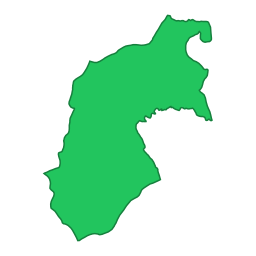 the district of La Victoria, Boyacá, Colombia
{"feature_id": "7082276B50936254037238", "entity_name": "La Victoria", "entity_type": "district", "adm_level": 2, "iso_a3": "COL", "parent_name": "Colombia", "parent_adm1": "Boyacá", "projection": "orthographic", "projection_center": [-74.222, 5.516], "detail": "fine", "context": "isolated", "style": "filled", "palette": "green", "viewbox_px": 256, "rotation_deg": 0, "n_neighbors": 0, "source": "geoboundaries", "source_scale": "gbopen_adm2", "svg_char_len": 5145}
<svg xmlns="http://www.w3.org/2000/svg" viewBox="0 0 256 256"><path d="M160.4,179.6L159.9,177.9L159.2,175.3L158.2,172.4L157.8,170.7L157.8,169.4L157.2,168.2L156.3,167.7L155.5,167.0L155.3,166.0L154.6,164.5L153.7,162.3L152.8,160.9L151.9,159.5L150.4,158.3L149.6,157.3L148.3,155.3L147.1,154.3L145.8,152.8L144.7,151.7L143.6,150.1L143.6,149.1L144.0,148.4L144.8,147.8L145.0,147.2L144.9,146.1L144.5,144.9L143.7,143.6L143.1,141.8L142.4,139.8L141.7,138.4L140.7,137.2L140.0,136.0L139.4,135.0L139.0,134.4L138.0,133.1L137.6,132.6L137.4,131.6L136.9,130.6L136.3,129.5L135.9,127.8L136.0,126.2L136.1,124.9L136.6,123.7L137.6,122.9L138.4,121.8L139.5,120.7L140.3,120.9L141.3,121.4L142.6,121.6L143.4,121.5L145.1,121.6L146.0,121.5L145.9,120.9L145.2,120.0L144.7,119.6L144.6,119.0L144.5,117.8L144.8,117.0L145.4,116.1L146.0,116.1L146.6,116.5L147.6,117.1L149.2,117.8L150.1,118.0L150.6,117.5L151.2,116.1L151.3,114.4L151.8,113.6L152.5,113.2L153.1,113.4L153.8,113.7L154.8,114.0L155.4,113.8L155.4,113.3L154.8,112.7L154.3,111.8L154.2,111.2L154.9,109.9L155.8,108.8L156.5,108.4L157.6,108.5L158.0,108.7L158.3,109.3L158.8,110.1L159.6,110.2L160.2,109.9L161.1,109.1L161.6,109.2L161.5,109.8L161.9,110.5L162.5,110.3L163.7,110.0L164.7,109.5L165.9,109.8L166.5,109.4L166.8,108.6L167.7,108.3L168.6,107.8L169.6,107.1L170.4,106.6L170.9,106.5L171.0,107.0L171.1,107.5L171.4,107.6L172.5,107.4L173.0,107.5L173.4,108.0L174.4,108.7L175.8,109.4L177.2,109.8L178.4,110.3L179.2,110.4L180.0,109.4L180.4,108.2L181.3,107.6L181.8,107.7L182.4,107.8L182.9,107.8L183.4,108.1L183.7,108.4L184.4,108.8L185.0,108.8L185.9,108.3L186.6,108.4L187.7,108.8L189.0,108.9L190.2,108.6L191.5,108.5L192.6,108.2L193.5,109.0L194.4,110.3L195.1,111.6L196.0,113.1L196.5,114.6L197.2,115.3L197.9,115.6L198.8,116.0L199.9,116.3L201.0,116.5L202.7,116.5L204.1,117.0L204.8,117.4L205.2,118.3L205.6,119.6L205.8,120.1L206.4,120.4L207.3,120.3L207.9,119.9L208.5,119.3L209.1,119.2L209.5,119.4L210.1,120.2L210.8,120.6L211.4,120.6L212.0,120.2L211.4,118.2L210.6,114.6L209.8,111.7L208.3,108.4L207.3,106.0L206.1,101.8L205.4,98.1L204.1,94.9L202.2,93.2L200.4,92.0L199.3,90.2L200.6,89.0L201.7,87.3L202.5,84.8L203.3,81.5L204.7,78.9L206.0,77.6L207.3,75.5L207.8,72.2L208.0,70.1L207.4,69.4L206.6,69.3L205.2,69.6L203.5,68.9L203.1,68.0L201.5,66.0L200.4,64.9L198.8,63.3L196.2,61.7L193.4,60.6L191.5,59.0L188.7,56.9L187.2,54.9L186.1,51.9L185.7,49.9L185.7,45.6L186.3,42.8L187.6,40.8L188.1,40.2L188.6,39.0L189.4,37.9L190.2,37.3L191.0,36.9L192.1,36.4L193.5,35.8L194.3,35.3L195.0,34.8L195.5,34.6L197.3,34.0L198.3,33.2L198.9,32.0L199.3,31.5L200.0,32.2L200.6,33.1L200.6,33.8L200.4,35.6L200.4,37.2L200.4,38.7L201.2,39.8L202.8,41.4L203.9,41.9L205.1,42.2L206.1,42.0L207.6,41.7L209.4,41.6L210.3,41.0L210.9,40.4L211.4,39.4L211.4,38.0L210.9,32.7L210.5,27.2L208.6,22.7L207.8,21.8L206.3,21.5L204.0,21.5L203.2,21.5L202.0,21.4L201.1,21.3L200.4,21.5L199.5,21.7L198.6,21.6L197.5,21.5L196.8,21.6L196.0,21.4L194.7,20.9L193.6,20.1L192.7,19.6L192.2,19.7L191.4,20.0L190.7,20.5L190.3,20.4L189.6,19.9L188.8,19.6L188.2,20.1L187.5,21.0L186.7,21.4L185.6,21.6L184.3,21.3L183.5,20.7L182.1,20.6L181.2,20.8L180.2,21.1L179.3,20.8L178.0,20.6L176.7,20.9L175.2,20.4L174.1,19.8L173.0,19.3L171.8,18.8L170.9,17.8L170.3,16.0L169.2,15.6L167.6,15.4L166.9,16.3L166.1,17.8L165.1,19.6L161.9,23.1L158.4,29.3L156.4,32.3L154.2,36.2L152.9,38.2L152.4,40.0L149.3,43.7L145.7,44.8L143.9,45.1L141.2,45.3L139.0,45.0L136.2,44.7L133.1,44.7L130.6,45.3L128.4,45.6L125.9,46.1L123.7,47.1L121.2,48.6L119.0,49.9L118.0,50.7L117.4,51.6L115.7,53.1L113.3,54.1L112.0,54.4L110.5,55.1L108.0,56.3L104.9,58.0L103.5,59.1L100.1,61.2L97.0,62.5L94.5,62.5L92.2,61.9L89.8,61.2L89.4,62.5L88.3,65.1L86.7,68.5L85.7,70.1L84.2,72.5L82.6,74.7L80.4,76.4L77.7,78.0L75.7,79.3L73.7,81.2L73.4,82.3L73.2,83.8L72.8,85.5L72.8,86.6L72.6,88.0L72.7,89.4L72.2,91.8L71.8,94.1L70.6,97.6L70.0,99.7L69.3,101.4L69.1,102.5L69.0,103.9L69.7,105.4L70.8,107.0L72.6,108.0L74.3,108.3L74.5,108.8L73.8,110.4L73.0,112.0L71.8,114.8L70.2,118.2L69.9,120.4L69.9,122.1L69.3,125.2L69.3,128.9L69.1,131.0L68.5,132.8L67.8,133.8L65.8,135.5L64.4,137.8L64.1,139.4L63.7,140.7L64.1,143.1L64.1,144.0L64.0,145.4L63.6,147.7L62.7,149.8L62.1,151.4L61.6,151.8L60.0,152.3L59.2,152.6L58.6,153.0L58.4,154.2L58.8,156.5L60.1,160.6L60.2,163.4L59.8,165.6L59.4,166.9L58.5,167.7L55.7,168.5L52.5,169.8L49.9,170.7L47.0,172.2L44.8,173.0L44.0,173.5L45.1,174.4L47.2,175.9L48.5,177.3L49.5,178.9L50.3,181.5L50.5,183.7L50.2,185.6L50.0,187.4L50.0,188.4L51.2,189.9L52.2,190.7L53.5,191.8L54.0,192.8L54.2,194.1L53.7,196.3L52.5,198.7L51.3,201.4L50.7,204.0L50.8,206.8L51.2,208.3L53.0,209.6L55.1,211.3L57.1,214.2L58.6,216.5L60.8,219.1L61.8,220.8L62.4,222.8L63.5,223.7L65.2,224.0L66.6,224.6L68.1,225.4L70.9,228.0L72.4,230.0L74.4,233.6L76.6,237.8L77.8,240.6L79.4,240.5L81.6,238.9L84.6,237.3L87.3,235.7L89.9,234.6L92.7,233.8L94.9,233.6L97.9,234.0L98.9,234.5L99.7,234.7L102.0,234.3L104.3,233.4L108.3,231.9L111.9,229.4L114.1,226.3L114.8,224.8L115.9,223.1L117.5,219.3L119.8,215.0L123.6,210.1L126.4,205.8L130.8,200.5L134.2,198.5L137.3,196.9L139.0,195.4L140.6,192.4L141.3,190.6L142.1,189.4L144.0,187.9L147.0,185.9L150.0,184.0L152.9,183.1L158.2,180.7L160.4,179.6Z" fill="#22c55e" stroke="#15803d" stroke-width="1.5"/></svg>